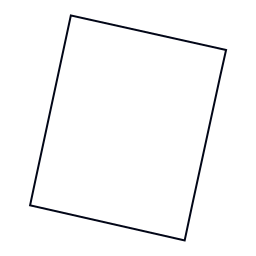 the district of Gove, Kansas, United States of America, rotated 282°
{"feature_id": "52423323B49129985774033", "entity_name": "Gove", "entity_type": "district", "adm_level": 2, "iso_a3": "USA", "parent_name": "United States of America", "parent_adm1": "Kansas", "projection": "natural_earth1", "projection_center": [-100.507, 38.915], "detail": "fine", "context": "isolated", "style": "outline", "palette": "ink", "viewbox_px": 256, "rotation_deg": 282, "n_neighbors": 0, "source": "geoboundaries", "source_scale": "gbopen_adm2", "svg_char_len": 264}
<svg xmlns="http://www.w3.org/2000/svg" viewBox="0 0 256 256"><g transform="rotate(282 128 128)"><path d="M32.0,48.3L29.8,206.8L68.1,206.8L197.3,207.4L224.7,207.7L226.2,48.7L221.4,48.7L58.5,48.3L32.0,48.3Z" fill="none" stroke="#020617" stroke-width="2"/></g></svg>